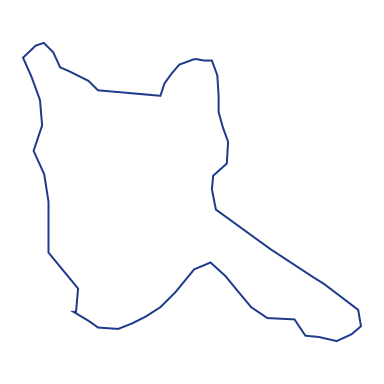 outline of Gimpo-si, Gyeonggi, South Korea
{"feature_id": "91817680B93241302453804", "entity_name": "Gimpo-si", "entity_type": "district", "adm_level": 2, "iso_a3": "KOR", "parent_name": "South Korea", "parent_adm1": "Gyeonggi", "projection": "mercator", "projection_center": [126.643, 37.677], "detail": "fine", "context": "isolated", "style": "outline", "palette": "blue", "viewbox_px": 384, "rotation_deg": 0, "n_neighbors": 0, "source": "geoboundaries", "source_scale": "gbopen_adm2", "svg_char_len": 877}
<svg xmlns="http://www.w3.org/2000/svg" viewBox="0 0 384 384"><path d="M73.6,311.9L88.5,320.8L98.0,327.5L100.1,327.7L118.3,328.9L131.9,323.5L145.5,316.7L160.4,307.2L175.3,292.3L194.2,269.3L210.5,262.5L225.4,276.0L237.6,290.9L251.2,307.2L267.4,318.1L268.4,318.1L294.5,319.4L305.4,335.7L318.9,337.0L336.6,341.1L339.0,340.0L351.5,334.3L361.0,326.2L358.9,314.1L358.2,309.9L324.4,284.2L313.5,277.4L270.1,248.9L215.9,209.6L211.9,189.3L213.2,175.7L218.6,170.9L226.8,163.5L228.1,141.8L222.7,126.9L218.6,112.0L218.6,95.8L217.3,75.4L211.9,60.5L205.1,60.5L203.7,60.5L197.0,59.2L194.2,59.2L179.3,64.6L171.2,74.1L164.4,83.6L160.4,95.8L98.0,90.3L88.5,80.9L69.5,71.4L60.1,67.3L53.3,52.4L43.8,42.9L35.7,45.6L23.0,57.7L31.5,76.8L40.0,100.1L42.1,125.5L33.6,150.9L44.2,174.2L48.5,201.7L48.5,229.3L48.5,252.6L78.1,288.6L76.0,311.9L73.6,311.9Z" fill="none" stroke="#1e3a8a" stroke-width="2"/></svg>